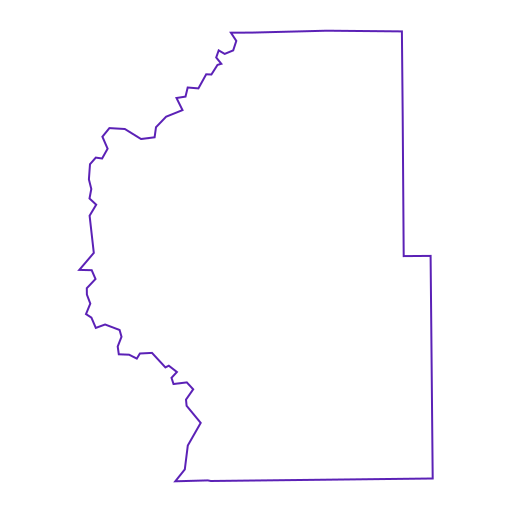 Park, Colorado, United States of America
{"feature_id": "52423323B59552334476935", "entity_name": "Park", "entity_type": "district", "adm_level": 2, "iso_a3": "USA", "parent_name": "United States of America", "parent_adm1": "Colorado", "projection": "albers", "projection_center": [-105.968, 39.131], "detail": "fine", "context": "isolated", "style": "outline", "palette": "violet", "viewbox_px": 512, "rotation_deg": 0, "n_neighbors": 0, "source": "geoboundaries", "source_scale": "gbopen_adm2", "svg_char_len": 969}
<svg xmlns="http://www.w3.org/2000/svg" viewBox="0 0 512 512"><path d="M430.6,255.9L403.7,256.1L402.7,116.3L401.9,31.4L326.8,30.7L252.0,32.6L230.9,32.7L236.3,40.9L233.2,50.4L224.7,53.9L218.7,50.4L216.2,57.5L221.3,63.8L217.5,64.9L211.4,74.5L206.2,74.3L198.4,88.4L187.7,87.5L185.5,96.6L176.5,98.0L182.5,110.1L166.1,116.7L156.0,127.2L154.6,137.3L141.0,139.0L124.8,129.0L109.4,128.1L102.4,136.7L107.6,148.7L102.1,158.5L95.8,157.6L90.0,164.2L88.9,179.4L91.3,189.0L89.5,198.5L96.2,204.7L89.6,215.7L93.8,252.9L79.3,269.9L91.7,270.2L95.5,279.0L86.8,288.2L86.9,294.6L90.3,303.6L86.0,314.1L91.4,317.6L95.8,327.9L105.1,324.5L119.6,330.0L121.5,336.8L117.7,346.5L118.8,354.3L129.1,354.7L136.8,358.6L139.9,353.5L152.0,352.9L165.4,367.4L168.8,365.7L176.9,372.0L171.5,377.8L173.5,384.0L186.8,382.4L193.2,389.3L186.0,399.6L186.6,405.8L200.7,422.9L187.8,445.5L184.8,469.4L175.3,481.3L207.8,480.4L210.8,481.0L432.7,478.5L430.6,255.9Z" fill="none" stroke="#5b21b6" stroke-width="2"/></svg>